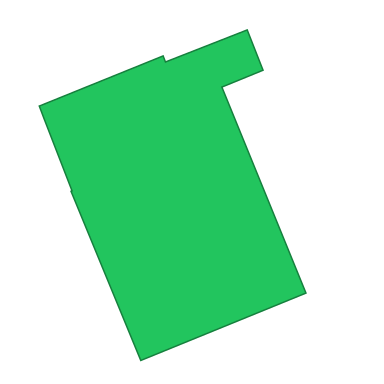 Rio Grande, Colorado, United States of America (Albers equal-area conic projection), rotated 68°
{"feature_id": "52423323B79195844352338", "entity_name": "Rio Grande", "entity_type": "district", "adm_level": 2, "iso_a3": "USA", "parent_name": "United States of America", "parent_adm1": "Colorado", "projection": "albers", "projection_center": [-106.533, 37.617], "detail": "fine", "context": "isolated", "style": "filled", "palette": "green", "viewbox_px": 384, "rotation_deg": 68, "n_neighbors": 0, "source": "geoboundaries", "source_scale": "gbopen_adm2", "svg_char_len": 306}
<svg xmlns="http://www.w3.org/2000/svg" viewBox="0 0 384 384"><g transform="rotate(68 192 192)"><path d="M68.3,301.7L146.0,302.8L146.0,303.9L329.0,302.6L328.4,124.2L105.9,125.0L105.7,80.5L62.4,80.1L61.5,167.9L55.0,167.8L55.1,301.4L68.3,301.7Z" fill="#22c55e" stroke="#15803d" stroke-width="1.5"/></g></svg>